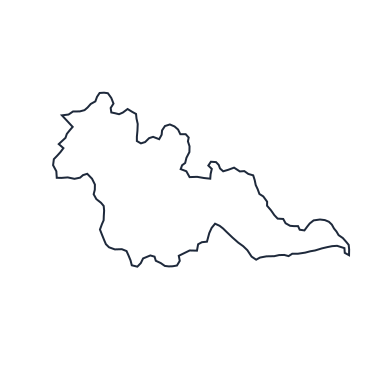 outline of Apuarema, Bahia, Brazil, rotated 151°
{"feature_id": "56859067B6094407413317", "entity_name": "Apuarema", "entity_type": "district", "adm_level": 2, "iso_a3": "BRA", "parent_name": "Brazil", "parent_adm1": "Bahia", "projection": "mercator", "projection_center": [-39.762, -13.814], "detail": "fine", "context": "isolated", "style": "outline", "palette": "slate", "viewbox_px": 384, "rotation_deg": 151, "n_neighbors": 0, "source": "geoboundaries", "source_scale": "gbopen_adm2", "svg_char_len": 2367}
<svg xmlns="http://www.w3.org/2000/svg" viewBox="0 0 384 384"><g transform="rotate(151 192 192)"><path d="M222.4,142.0L216.1,138.3L212.0,143.3L207.7,143.3L203.0,141.3L196.8,147.7L192.2,151.1L187.2,153.1L184.2,149.0L182.5,145.0L181.2,140.6L178.7,132.6L176.1,125.3L173.5,119.8L171.8,114.3L171.2,106.6L168.7,101.7L164.3,101.7L158.0,99.6L151.2,96.0L146.4,94.6L141.8,92.2L138.6,89.1L134.3,89.4L129.4,86.7L122.4,84.1L117.3,82.8L112.7,81.2L105.7,79.7L100.4,78.2L95.7,76.7L91.2,74.6L85.9,69.0L87.9,64.7L85.3,60.6L82.4,65.6L80.6,69.8L81.3,73.6L82.4,78.6L84.7,83.2L84.8,87.4L85.5,91.2L85.5,95.7L86.7,99.6L89.4,103.0L93.4,105.9L99.4,108.2L104.3,107.4L107.9,105.9L112.3,103.9L116.1,106.8L115.8,110.7L119.2,112.6L122.6,114.9L125.3,119.3L125.3,124.2L130.0,127.2L131.2,131.8L131.8,137.7L133.0,143.6L131.0,147.1L131.8,153.6L134.0,157.6L133.2,162.6L132.9,167.2L131.4,172.0L130.4,176.9L134.0,180.5L136.1,184.9L140.2,186.8L143.4,192.9L149.8,193.9L154.7,195.0L156.1,199.0L155.5,202.7L156.5,206.5L160.8,209.3L164.9,207.2L163.5,202.6L167.0,198.7L169.6,194.8L174.7,198.4L180.2,202.8L186.9,206.2L186.9,212.9L190.8,217.5L187.7,220.2L183.9,220.7L180.3,224.6L174.9,228.2L172.0,233.2L171.0,238.3L168.5,241.2L169.5,245.6L174.2,248.2L173.9,253.4L175.5,257.8L178.6,261.8L183.7,262.8L188.3,260.4L190.8,256.8L195.1,254.1L199.3,259.1L203.4,259.9L208.8,258.4L213.1,259.3L215.5,263.3L213.4,267.1L210.1,271.9L206.5,277.8L204.9,283.2L203.1,287.4L205.4,291.0L208.1,295.8L214.0,295.0L218.1,295.4L221.0,298.1L224.0,300.7L222.4,304.9L217.8,307.4L217.0,313.4L217.7,319.2L220.8,321.5L224.8,323.4L228.9,321.3L232.6,318.1L237.9,318.1L242.4,316.5L246.3,315.7L251.1,316.9L257.0,320.1L262.4,319.6L268.6,322.1L264.8,306.8L268.9,305.3L273.3,303.5L276.4,300.7L285.3,298.5L283.2,292.7L287.9,290.6L292.6,289.0L296.9,287.7L300.5,282.8L300.6,275.9L303.4,270.0L299.5,267.7L293.6,265.0L288.4,260.5L282.9,258.8L279.1,259.6L274.8,258.7L273.0,252.1L273.3,245.6L275.9,241.1L279.1,237.7L279.1,232.1L276.8,226.7L276.0,222.6L277.9,218.3L280.7,213.9L283.0,210.1L286.3,207.6L290.7,203.8L291.4,198.6L292.2,192.1L292.6,188.1L291.4,183.9L287.3,179.2L281.1,176.0L277.9,172.1L278.3,167.2L278.9,162.0L280.2,157.1L276.0,153.2L271.3,154.6L267.0,157.6L259.2,156.7L256.1,153.6L257.0,149.4L253.8,145.0L251.6,140.5L248.4,138.2L244.9,136.4L240.8,135.0L236.1,137.7L234.5,142.6L222.4,142.0Z" fill="none" stroke="#1e293b" stroke-width="2"/></g></svg>